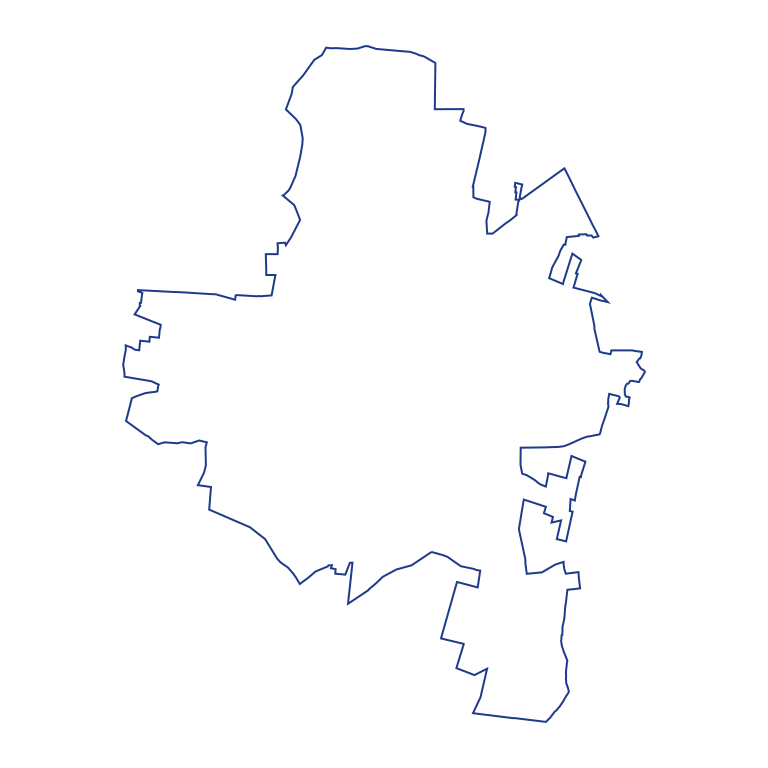 outline of Umán, Yucatán, Mexico
{"feature_id": "50627088B93748146703030", "entity_name": "Umán", "entity_type": "district", "adm_level": 2, "iso_a3": "MEX", "parent_name": "Mexico", "parent_adm1": "Yucatán", "projection": "robinson", "projection_center": [-89.729, 20.847], "detail": "fine", "context": "isolated", "style": "outline", "palette": "blue", "viewbox_px": 768, "rotation_deg": 0, "n_neighbors": 0, "source": "geoboundaries", "source_scale": "gbopen_adm2", "svg_char_len": 5948}
<svg xmlns="http://www.w3.org/2000/svg" viewBox="0 0 768 768"><path d="M513.2,718.2L513.9,718.0L546.0,721.9L547.5,720.4L548.3,719.3L549.7,718.3L554.7,711.7L556.7,710.1L557.5,709.0L558.4,707.9L559.1,707.3L560.0,706.2L560.1,705.7L561.0,704.6L562.3,702.6L563.1,701.6L564.5,698.9L566.4,695.7L568.2,693.2L568.7,692.0L568.8,691.4L568.7,690.7L568.2,688.8L567.2,685.7L566.4,683.6L566.2,682.5L566.1,680.1L565.9,677.6L566.2,677.1L566.0,674.8L566.0,671.8L566.2,669.2L566.8,664.4L567.0,662.2L567.4,660.7L563.6,651.3L562.4,647.3L561.9,646.2L561.1,640.7L561.4,639.1L561.6,635.2L562.3,634.9L562.6,626.1L564.2,619.4L564.6,615.2L565.2,607.3L566.1,601.1L567.4,589.8L580.1,588.4L578.8,577.7L578.8,577.4L578.5,572.1L565.8,573.7L564.3,569.2L563.6,564.1L563.6,561.9L555.4,564.5L546.1,569.9L541.8,572.4L526.8,573.8L525.5,564.5L525.3,559.0L519.2,530.8L519.0,528.5L522.8,505.3L523.8,499.6L545.9,506.8L543.9,513.2L553.0,517.0L551.5,522.6L561.1,520.4L556.8,539.1L566.1,541.4L572.6,511.7L569.8,511.0L570.6,499.0L574.8,500.5L575.7,495.1L579.7,476.8L581.0,477.0L581.0,476.5L580.9,476.2L582.3,471.6L584.0,466.3L585.4,461.7L571.5,456.0L567.4,473.6L566.4,478.2L562.5,477.2L550.5,473.9L548.2,473.3L548.1,475.1L545.8,486.6L540.5,484.4L538.4,483.1L535.0,480.2L526.7,475.1L522.8,473.9L522.2,473.6L520.5,464.9L520.7,447.7L544.0,447.4L558.6,446.9L562.7,446.4L564.6,446.0L570.6,443.6L577.1,440.6L581.9,438.5L587.2,436.6L590.0,436.3L593.2,435.6L599.6,434.4L600.2,433.0L601.2,428.9L601.3,428.7L602.1,425.6L602.7,423.8L603.2,422.4L603.7,421.2L604.0,420.3L605.8,415.0L606.3,413.3L607.1,410.8L607.8,408.9L608.0,408.0L608.5,406.7L608.4,406.0L608.2,404.9L608.1,404.1L608.0,403.3L608.2,401.8L608.2,399.6L609.2,393.9L618.6,396.2L619.8,397.4L619.5,398.3L617.1,403.9L621.2,404.1L625.7,405.4L628.3,406.2L629.0,402.4L628.9,399.9L629.7,397.6L629.0,397.1L625.8,396.5L624.8,394.0L624.7,389.2L625.1,387.8L625.7,385.6L626.6,384.5L626.9,383.8L628.5,383.5L630.2,380.9L632.7,380.9L634.9,381.4L635.7,381.4L636.9,381.8L639.0,382.0L640.3,379.0L641.2,378.4L644.8,372.1L644.7,371.2L643.9,370.2L642.2,369.4L640.8,368.5L639.6,366.7L636.7,362.1L639.4,358.4L640.3,358.3L641.5,355.1L641.9,351.9L636.0,351.1L632.2,350.4L611.4,350.4L610.4,354.3L605.7,353.2L604.5,353.2L599.6,351.8L594.4,328.8L594.3,325.3L593.2,320.0L589.9,303.7L591.9,297.7L594.0,298.3L596.4,299.1L600.2,300.4L602.6,300.9L607.8,302.1L600.8,294.9L600.7,295.9L595.7,293.5L594.0,292.9L586.8,291.0L573.5,287.6L577.6,273.8L575.9,273.4L581.3,260.0L572.4,253.6L570.8,258.6L562.9,283.8L562.9,284.0L549.1,278.2L549.5,277.1L552.3,267.3L558.5,255.9L560.3,250.7L563.8,244.6L565.2,244.8L566.8,237.1L578.8,235.9L578.8,234.5L586.5,234.3L587.1,235.5L591.6,235.5L593.3,237.6L597.5,236.5L598.4,236.2L595.5,230.3L593.5,226.5L593.2,226.0L592.1,223.9L591.3,222.2L589.8,219.2L589.4,218.4L588.6,216.7L588.3,216.2L587.4,214.3L585.1,209.8L583.9,207.3L580.4,200.4L578.1,195.8L575.7,191.1L573.6,186.8L571.6,182.7L570.5,180.4L567.6,174.6L564.4,168.3L529.6,193.4L528.3,194.3L527.7,194.8L526.4,195.7L525.0,196.7L523.7,197.7L521.6,199.0L520.5,198.9L520.5,198.7L520.5,198.4L520.4,198.2L520.2,197.9L519.9,197.8L519.8,197.7L519.7,197.3L519.9,196.1L520.4,193.8L520.6,192.6L520.8,191.4L521.0,190.3L521.2,189.1L521.4,188.0L521.7,186.8L522.0,185.6L522.2,184.5L517.2,183.3L515.2,182.9L514.7,186.9L515.0,187.0L516.0,187.1L515.7,189.3L515.5,190.5L515.3,192.3L515.9,192.3L516.5,192.4L515.6,199.6L518.4,199.7L519.0,199.5L519.3,199.4L519.2,200.7L518.4,201.2L516.3,214.4L516.7,214.9L516.1,215.5L509.3,220.9L505.5,223.5L499.6,228.1L492.6,233.6L487.2,233.6L486.4,220.7L488.5,212.3L489.7,201.8L476.9,198.8L473.4,197.3L473.3,186.6L472.8,186.6L479.1,160.3L485.4,132.6L485.5,131.1L485.6,128.1L484.1,127.5L476.3,125.7L467.1,123.9L460.3,120.8L460.3,120.7L460.5,119.5L461.5,116.6L462.2,114.2L463.6,111.1L463.5,109.1L435.3,109.2L434.8,109.2L435.4,63.0L425.4,57.2L423.3,56.2L419.3,55.2L416.0,53.7L413.2,52.8L409.8,51.8L400.8,51.1L376.2,48.9L368.2,46.3L365.4,46.1L357.3,48.6L350.0,49.0L336.4,48.1L331.2,48.3L326.1,47.7L321.9,55.1L314.3,59.8L307.8,68.9L302.8,75.9L298.9,80.1L292.8,87.1L291.7,93.8L285.9,109.4L296.0,119.1L300.3,125.0L302.7,138.1L302.3,144.6L300.3,156.3L295.5,176.0L290.4,187.5L288.6,190.5L283.4,195.5L282.9,195.6L293.9,204.8L294.5,205.7L296.8,211.4L300.1,219.9L298.0,224.0L296.9,226.0L294.9,230.0L293.2,233.2L291.0,237.4L285.9,245.2L285.0,242.7L277.5,243.3L277.9,247.5L277.6,254.1L275.1,254.1L271.1,254.1L267.2,254.1L265.8,254.2L266.2,268.7L266.3,275.0L275.4,275.0L271.6,295.4L259.7,296.3L258.6,296.0L256.9,296.3L247.0,295.7L236.9,295.1L235.7,295.4L235.1,299.7L215.7,294.3L212.3,294.2L191.7,292.9L184.3,292.4L170.1,291.8L138.0,290.1L138.0,291.3L142.3,292.9L140.9,302.9L139.8,303.0L139.8,305.8L140.2,306.0L134.6,314.4L160.7,324.8L160.4,327.9L159.9,328.9L159.7,330.1L159.0,337.7L149.8,336.8L149.4,341.7L140.2,340.7L139.2,350.3L135.1,349.8L132.0,347.8L129.7,346.8L127.9,346.3L125.7,345.4L125.8,350.1L124.9,354.2L123.8,360.7L123.2,365.0L124.1,370.3L124.4,372.6L124.5,374.3L124.5,376.7L149.4,380.9L151.5,381.3L158.4,384.5L159.0,383.8L158.3,385.6L157.9,387.6L157.4,391.3L154.9,391.9L151.0,392.3L145.5,393.1L144.2,393.5L139.9,395.0L137.6,395.8L135.4,396.7L131.9,398.2L126.9,417.7L126.0,421.0L145.6,435.2L148.5,436.5L151.7,439.5L158.2,444.2L164.2,442.4L165.7,442.4L177.3,443.3L182.1,442.2L190.7,443.4L199.2,440.5L206.8,442.3L205.5,447.2L205.9,465.5L204.0,472.7L197.9,485.2L211.0,487.0L209.2,509.6L250.0,527.3L265.1,539.1L277.2,558.7L280.6,562.4L287.9,567.5L293.0,573.4L295.9,577.4L299.8,584.0L309.2,577.0L315.3,571.6L327.8,566.4L328.4,565.4L331.9,565.2L331.0,568.2L335.6,569.2L335.3,573.7L345.3,574.6L349.9,562.8L352.5,562.7L348.0,603.8L368.3,590.2L369.1,589.1L375.6,583.7L382.8,576.8L396.4,569.5L411.6,565.3L431.0,552.3L432.4,552.2L442.9,555.1L447.5,556.9L460.8,566.2L474.1,569.0L476.2,570.0L480.2,570.6L477.7,587.4L457.0,582.0L441.0,638.4L442.6,638.8L463.7,643.9L463.8,644.0L456.4,668.1L474.4,675.1L487.1,668.7L480.5,697.3L473.0,713.2L513.2,718.2Z" fill="none" stroke="#1e3a8a" stroke-width="2"/></svg>